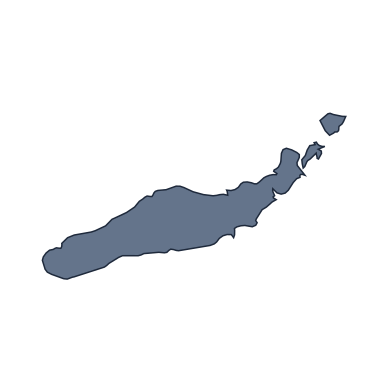 SVG path tracing the border of Choiseul, rotated 297°
{"feature_id": "SLB-3508", "entity_name": "Choiseul", "entity_type": "Province", "adm_level": 1, "iso_a3": "SLB", "parent_name": "Solomon Islands", "parent_adm1": "", "projection": "natural_earth1", "projection_center": [157.196, -7.037], "detail": "fine", "context": "isolated", "style": "filled", "palette": "slate", "viewbox_px": 384, "rotation_deg": 297, "n_neighbors": 0, "source": "natural_earth", "source_scale": "10m", "svg_char_len": 2322}
<svg xmlns="http://www.w3.org/2000/svg" viewBox="0 0 384 384"><g transform="rotate(297 192 192)"><path d="M274.8,261.7L274.8,267.4L274.1,270.6L271.5,271.9L265.8,272.2L263.4,273.8L258.2,285.0L257.8,282.3L256.9,280.8L255.7,280.6L254.1,281.6L251.4,279.2L246.5,277.9L237.3,277.0L233.3,275.5L230.6,272.4L229.8,268.1L231.6,262.5L229.9,263.2L228.7,264.3L226.2,267.3L224.6,266.5L223.7,267.2L223.4,270.5L219.6,268.0L212.3,265.1L208.1,262.5L197.3,261.5L195.5,261.7L194.2,264.0L191.3,263.9L188.4,261.5L186.2,254.3L184.1,250.9L181.3,247.8L178.8,246.4L177.0,247.5L173.1,249.4L170.2,249.8L171.9,246.4L170.0,242.5L167.0,239.4L163.1,237.4L158.6,236.6L155.9,235.4L152.6,232.4L133.6,206.7L132.8,204.5L132.3,201.6L131.4,199.0L129.5,197.9L126.8,197.0L125.3,195.0L123.2,189.8L115.3,177.1L112.8,175.2L110.8,173.0L103.7,159.0L100.4,156.3L90.7,150.4L87.7,149.3L85.3,148.0L62.6,125.2L62.1,124.4L57.8,120.4L56.5,117.1L54.9,104.3L54.9,99.5L56.5,96.2L63.2,89.7L66.7,89.0L71.4,89.7L75.5,91.5L77.9,94.5L79.3,95.3L80.7,96.5L81.4,98.6L82.3,100.7L84.2,100.7L86.2,99.9L87.1,99.3L94.8,101.9L100.2,106.6L110.6,120.4L113.5,123.3L122.6,130.4L131.3,133.1L144.0,143.0L152.5,147.7L159.8,149.3L163.3,151.3L165.8,152.3L168.0,153.8L169.0,156.7L169.8,158.4L171.6,158.6L173.9,158.5L175.9,159.0L177.9,160.9L182.3,167.9L190.0,175.2L191.7,178.7L192.3,182.8L192.7,192.9L194.9,203.5L198.2,212.5L200.2,215.5L202.3,218.0L204.2,221.0L205.3,225.3L208.4,223.2L209.4,222.0L211.0,226.1L213.7,229.2L217.2,231.2L221.3,231.8L224.0,233.3L226.0,236.6L227.2,240.7L227.6,243.9L228.7,246.0L231.4,247.4L237.3,249.6L239.6,251.2L242.1,253.5L244.3,256.3L245.7,259.3L247.0,259.3L247.5,255.4L249.0,255.2L251.1,256.7L253.4,257.7L257.7,257.7L259.8,257.2L267.1,254.1L271.1,253.9L273.8,256.2L274.8,261.7ZM324.8,279.3L325.2,282.8L327.6,291.5L329.1,294.7L323.6,295.0L320.7,294.8L317.3,293.2L316.0,293.6L314.6,294.3L313.1,294.7L311.5,294.1L310.2,291.9L308.9,291.5L305.0,288.8L307.1,282.9L313.8,273.6L323.4,277.6L324.8,279.3ZM291.4,278.4L292.9,280.2L291.7,282.0L291.2,284.4L291.7,287.2L292.9,289.7L287.4,285.0L287.2,288.6L285.1,289.9L278.8,289.7L278.8,288.2L280.0,287.5L281.8,285.8L283.0,285.0L275.0,282.3L272.7,280.9L271.1,280.6L265.9,280.9L263.8,280.2L267.1,277.5L270.6,275.2L276.0,276.4L281.7,275.6L286.8,275.9L290.1,280.2L291.4,278.4Z" fill="#64748b" stroke="#1e293b" stroke-width="1.5"/></g></svg>